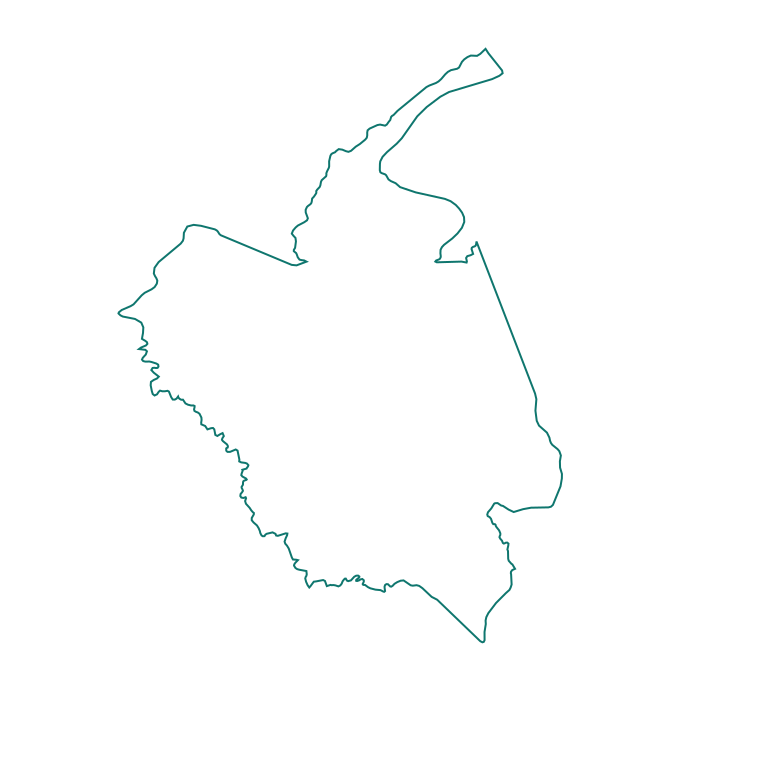 SVG path tracing the border of Guainía, rotated 249°
{"feature_id": "COL-1424", "entity_name": "Guainía", "entity_type": "Commissiary", "adm_level": 1, "iso_a3": "COL", "parent_name": "Colombia", "parent_adm1": "", "projection": "robinson", "projection_center": [-68.772, 2.606], "detail": "fine", "context": "isolated", "style": "outline", "palette": "teal", "viewbox_px": 768, "rotation_deg": 249, "n_neighbors": 0, "source": "natural_earth", "source_scale": "10m", "svg_char_len": 6166}
<svg xmlns="http://www.w3.org/2000/svg" viewBox="0 0 768 768"><g transform="rotate(249 384 384)"><path d="M634.4,606.6L631.6,606.1L630.4,602.2L629.9,594.1L633.3,549.4L632.0,539.5L627.3,523.2L622.0,511.0L607.0,488.6L603.8,482.0L599.4,469.9L596.6,464.1L593.2,460.3L591.0,459.1L585.1,456.7L583.0,456.5L581.8,457.3L579.4,460.1L578.2,460.8L573.4,461.5L571.0,463.1L567.3,466.8L562.0,469.6L551.5,482.3L535.0,507.2L530.8,511.7L525.4,515.2L520.9,517.0L516.0,518.3L511.1,518.5L506.5,517.0L501.9,512.7L498.2,506.6L495.4,499.9L492.4,489.9L491.0,487.1L489.0,484.9L485.8,483.5L483.0,482.8L482.0,482.3L480.9,481.1L480.6,480.0L480.6,476.9L479.9,475.8L478.7,476.9L470.5,500.2L467.8,504.6L468.7,505.3L472.2,505.8L473.5,507.6L473.2,511.0L473.5,513.8L478.6,514.1L479.7,514.8L480.1,516.2L480.0,518.1L480.4,519.2L481.5,520.1L483.9,521.4L320.9,521.6L315.2,520.8L304.8,515.8L294.9,513.4L289.6,513.8L280.2,518.7L274.6,519.2L271.6,518.7L269.2,518.7L266.9,519.3L261.0,522.7L258.5,523.6L253.9,523.5L248.8,520.5L242.8,518.4L236.3,517.9L232.1,516.2L225.2,512.1L210.6,498.4L209.6,495.9L209.9,493.3L215.8,477.0L217.3,469.0L218.0,459.2L222.1,455.3L227.5,451.4L228.6,449.8L232.1,447.4L232.9,445.0L232.8,444.0L229.4,439.6L227.0,435.1L225.1,433.6L223.5,433.5L221.9,434.9L219.8,435.6L215.6,435.4L214.0,435.8L213.4,437.3L212.6,437.7L211.5,437.5L210.2,437.7L206.1,439.0L202.9,439.1L201.4,438.5L200.5,437.5L199.6,436.9L197.9,437.1L195.4,438.0L193.1,438.0L192.2,438.5L192.0,439.4L192.2,440.8L191.8,442.2L190.4,443.0L188.6,442.1L185.3,439.9L183.6,439.9L176.3,437.3L174.3,437.1L170.5,438.5L169.6,439.2L164.5,440.1L164.3,437.0L163.2,435.3L161.9,434.6L160.9,434.5L151.1,431.3L148.6,429.3L146.8,427.3L145.0,422.6L139.4,410.1L132.7,399.3L129.7,396.0L126.8,394.1L123.4,393.0L116.5,389.0L108.8,386.1L107.5,384.7L107.6,383.3L109.4,381.7L163.6,356.3L168.2,352.2L179.6,346.7L182.9,344.5L184.5,342.3L185.4,338.6L186.5,336.8L193.6,331.9L194.4,329.0L194.3,325.4L193.7,322.2L192.5,319.7L192.2,318.2L192.7,317.3L195.7,315.9L196.3,314.5L196.0,313.1L194.8,312.0L193.5,311.5L190.3,310.8L189.9,309.8L190.4,309.0L192.8,306.9L195.1,302.3L198.1,298.1L200.0,296.3L203.2,294.3L203.7,293.0L204.3,292.4L204.9,292.4L206.7,294.3L208.0,294.8L209.7,293.9L210.0,292.2L209.6,290.2L209.7,288.3L210.2,287.5L210.9,287.7L211.4,288.7L212.3,291.5L213.1,292.0L214.4,291.2L215.0,289.3L214.7,287.1L212.5,282.8L212.8,279.9L213.8,278.9L216.0,278.6L216.3,277.8L215.8,276.5L214.6,274.6L212.8,273.0L211.6,271.0L211.4,268.9L213.4,266.5L214.4,264.8L215.0,262.9L215.6,262.1L215.8,258.2L221.3,258.3L222.8,256.9L224.0,250.1L224.6,247.6L221.6,242.9L220.8,241.3L223.5,240.6L227.3,240.4L230.7,240.8L232.1,241.9L232.7,242.8L234.1,243.7L237.2,244.5L241.0,238.3L242.3,236.6L244.0,235.4L246.7,234.9L247.8,235.6L248.9,237.2L250.4,240.5L251.4,239.1L252.8,236.1L255.0,235.8L264.5,236.1L267.9,235.5L270.3,234.6L272.5,234.7L275.3,237.0L277.6,239.4L279.0,240.2L279.8,238.7L280.3,230.5L281.2,229.0L283.0,229.0L285.4,226.8L286.2,220.7L285.8,219.2L284.8,217.9L285.3,216.3L286.5,215.4L289.1,215.1L291.3,215.4L294.3,215.3L297.5,214.7L301.5,212.6L304.2,211.7L306.3,212.5L308.9,215.7L310.2,216.3L311.4,215.6L313.6,214.8L316.5,214.2L321.7,212.2L324.5,212.4L326.8,214.3L327.9,214.2L328.0,211.9L329.1,210.1L330.9,209.7L332.7,210.7L333.8,212.7L334.8,214.0L336.3,214.1L337.9,213.9L338.9,214.1L340.5,216.2L343.0,217.3L343.7,218.0L343.9,219.1L343.8,221.1L344.0,221.6L345.1,221.4L348.3,218.7L350.0,218.1L351.3,218.9L353.7,221.0L354.7,221.0L354.3,225.4L355.0,226.1L355.7,227.4L356.8,228.3L358.9,227.5L360.1,226.1L362.0,222.6L363.6,221.1L365.3,221.9L374.3,223.4L376.0,222.1L375.8,215.9L376.7,213.6L377.7,213.0L378.5,212.9L380.4,213.6L380.6,214.0L380.7,215.3L381.9,216.0L383.8,215.8L388.5,213.1L390.0,212.7L391.2,213.6L392.8,215.8L396.0,215.7L395.8,213.0L395.2,209.8L396.9,208.3L402.5,209.3L404.2,208.6L404.7,206.8L404.9,202.9L408.9,202.0L411.8,199.0L413.5,199.5L415.8,200.8L418.1,201.5L422.3,201.1L424.1,200.0L425.5,198.4L426.8,197.4L428.5,197.6L430.0,198.7L431.3,199.3L432.2,198.5L433.1,196.2L434.9,193.6L437.0,191.7L441.4,190.7L442.0,189.0L443.5,187.8L445.0,187.2L446.1,187.3L444.7,185.1L444.4,183.1L445.2,181.2L448.1,180.6L454.0,180.5L455.2,179.5L455.7,177.0L456.6,174.5L458.1,172.5L457.4,170.8L455.7,168.4L455.5,165.7L457.5,164.5L460.5,164.7L466.4,165.7L469.5,167.2L470.3,170.5L470.5,174.1L471.6,176.4L477.1,173.1L480.4,171.8L481.9,173.7L481.5,175.3L480.6,176.9L480.2,178.4L481.1,179.7L483.0,180.1L484.7,178.8L487.9,174.8L489.0,173.1L490.5,169.1L491.7,167.4L493.5,166.8L494.9,168.2L496.9,172.2L499.5,174.4L501.4,173.5L504.4,167.8L505.1,170.2L505.3,175.6L506.3,177.5L507.9,177.7L509.7,176.7L512.9,174.2L518.0,177.3L523.1,179.6L528.3,179.4L534.0,174.8L540.6,164.3L542.5,162.6L545.0,161.4L545.9,162.1L547.1,165.7L547.5,175.4L548.1,178.7L553.6,189.5L554.9,193.3L555.7,201.0L556.7,204.6L559.1,207.9L561.7,209.4L564.2,209.4L566.8,208.9L569.6,208.7L574.7,211.4L578.6,217.3L587.9,244.5L589.8,247.6L591.8,249.1L596.9,251.4L601.5,256.8L600.8,263.3L597.3,269.8L589.0,281.5L587.3,282.9L585.9,283.5L582.9,284.1L581.3,285.0L528.3,340.5L526.1,344.9L526.0,355.5L528.0,353.7L529.1,351.6L530.4,349.7L533.2,348.9L536.2,349.0L537.7,348.9L540.3,347.4L541.5,347.9L543.0,349.8L548.7,352.9L552.1,353.7L554.8,352.6L557.4,351.8L559.9,354.1L561.8,357.6L562.8,360.4L563.6,367.4L564.4,370.8L566.0,372.3L572.2,372.4L574.7,373.3L576.8,375.4L577.4,376.7L578.2,379.6L578.8,380.8L580.0,381.8L582.9,383.4L584.0,385.7L586.1,388.7L586.7,389.3L588.4,389.9L589.4,391.3L591.0,394.6L592.3,395.8L595.3,397.6L596.6,398.9L598.7,404.4L599.9,405.2L601.4,405.7L602.9,407.0L605.5,409.9L606.8,410.8L611.6,412.6L616.2,415.7L617.3,416.9L617.8,418.4L617.9,421.4L618.6,422.8L619.5,425.9L617.7,429.1L615.0,431.9L613.5,434.0L613.5,436.8L615.7,442.7L616.7,447.5L618.9,454.1L620.1,456.2L622.2,457.5L624.7,458.4L626.7,459.6L627.6,462.1L628.1,470.6L627.6,473.3L624.8,477.6L625.2,479.6L627.1,482.4L628.2,484.4L630.8,486.4L631.4,487.6L631.7,489.3L634.2,494.6L646.0,530.0L646.4,533.4L646.4,540.3L646.9,543.3L648.2,546.7L651.2,552.2L652.5,555.5L653.0,559.0L652.1,565.3L652.6,567.5L656.8,572.2L658.3,575.2L659.3,579.1L659.5,582.8L657.0,588.5L657.7,592.2L660.5,598.9L655.3,600.0L634.4,606.6Z" fill="none" stroke="#0f766e" stroke-width="2"/></g></svg>